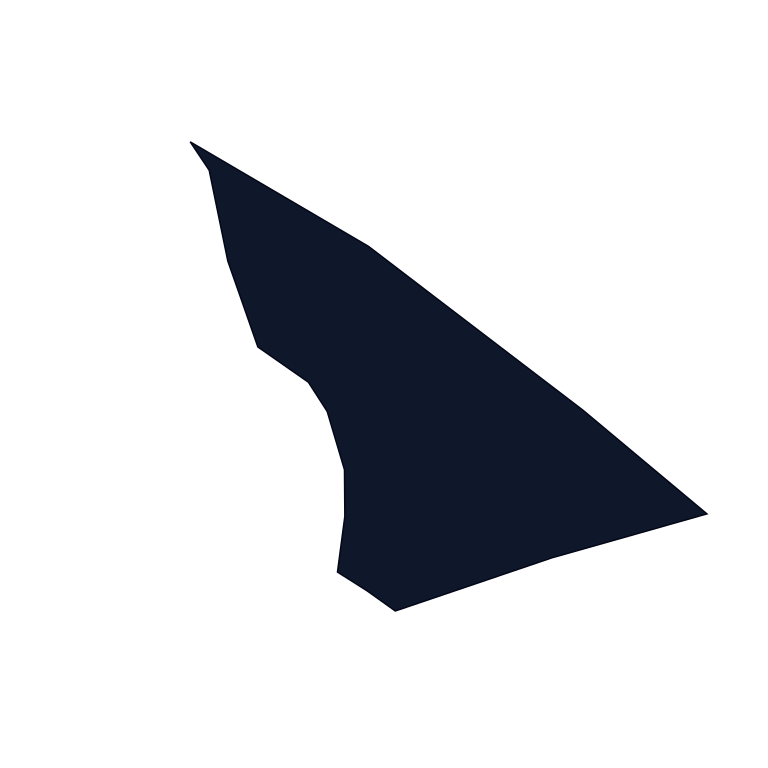 the district of Mershing, Southern Darfur, Sudan, rotated 139°
{"feature_id": "16777658B29151950465280", "entity_name": "Mershing", "entity_type": "district", "adm_level": 2, "iso_a3": "SDN", "parent_name": "Sudan", "parent_adm1": "Southern Darfur", "projection": "natural_earth1", "projection_center": [25.0, 12.506], "detail": "fine", "context": "isolated", "style": "filled", "palette": "ink", "viewbox_px": 768, "rotation_deg": 139, "n_neighbors": 0, "source": "geoboundaries", "source_scale": "gbopen_adm2", "svg_char_len": 444}
<svg xmlns="http://www.w3.org/2000/svg" viewBox="0 0 768 768"><g transform="rotate(139 384 384)"><path d="M225.5,74.1L251.0,233.5L288.4,415.2L295.4,449.4L305.4,498.0L371.4,693.9L375.7,660.0L421.2,579.3L432.8,550.1L454.9,494.7L439.9,434.9L444.9,400.5L470.1,345.2L500.4,309.8L542.5,272.6L532.5,239.1L524.4,205.3L468.0,182.2L422.3,163.5L371.4,142.7L291.5,105.1L262.5,91.5L225.5,74.1Z" fill="#0f172a" stroke="#020617" stroke-width="1.5"/></g></svg>